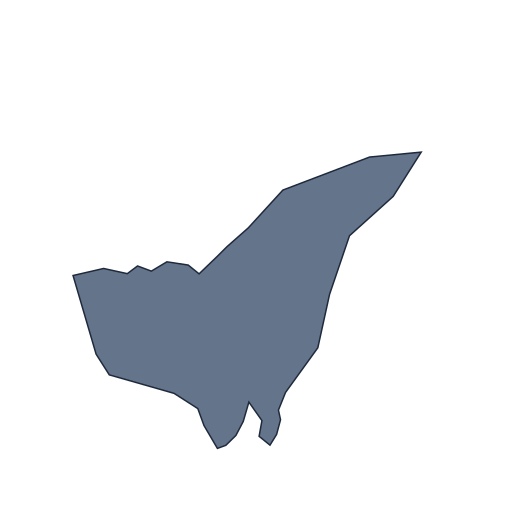 the district of Ayawaso North Municipal, Greater Accra, Ghana, rotated 219°
{"feature_id": "2480657B42813544323317", "entity_name": "Ayawaso North Municipal", "entity_type": "district", "adm_level": 2, "iso_a3": "GHA", "parent_name": "Ghana", "parent_adm1": "Greater Accra", "projection": "mercator", "projection_center": [-0.208, 5.595], "detail": "fine", "context": "isolated", "style": "filled", "palette": "slate", "viewbox_px": 512, "rotation_deg": 219, "n_neighbors": 0, "source": "geoboundaries", "source_scale": "gbopen_adm2", "svg_char_len": 609}
<svg xmlns="http://www.w3.org/2000/svg" viewBox="0 0 512 512"><g transform="rotate(219 256 256)"><path d="M133.9,144.2L141.6,150.4L147.2,168.6L150.2,223.6L174.7,272.5L196.1,330.6L186.9,388.7L193.0,440.7L230.0,404.4L276.6,324.2L278.2,297.8L279.7,273.0L284.4,245.1L285.9,231.1L289.0,206.3L303.0,206.3L321.6,195.4L327.8,178.4L341.8,173.7L344.9,161.3L366.6,150.4L385.9,125.7L318.5,79.1L295.2,71.3L233.2,97.7L205.2,100.8L189.7,91.5L164.9,82.2L160.3,89.9L158.7,103.9L161.8,119.4L169.6,138.0L147.8,131.8L140.1,117.8L126.1,117.8L127.7,130.3L133.9,144.2Z" fill="#64748b" stroke="#1e293b" stroke-width="1.5"/></g></svg>